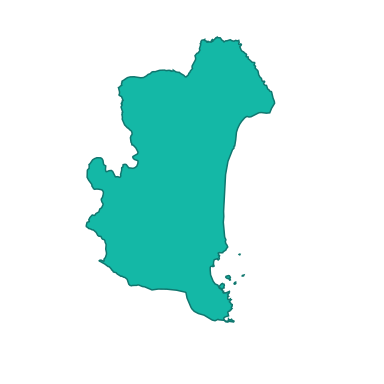 outline of Pasaman Barat, Sumatera Barat, Indonesia, rotated 247°
{"feature_id": "22746128B95220206981522", "entity_name": "Pasaman Barat", "entity_type": "district", "adm_level": 2, "iso_a3": "IDN", "parent_name": "Indonesia", "parent_adm1": "Sumatera Barat", "projection": "albers", "projection_center": [99.54, 0.188], "detail": "fine", "context": "isolated", "style": "filled", "palette": "teal", "viewbox_px": 384, "rotation_deg": 247, "n_neighbors": 0, "source": "geoboundaries", "source_scale": "gbopen_adm2", "svg_char_len": 5997}
<svg xmlns="http://www.w3.org/2000/svg" viewBox="0 0 384 384"><g transform="rotate(247 192 192)"><path d="M324.8,275.7L324.3,274.6L324.6,274.2L323.6,272.1L323.4,270.9L324.4,270.4L324.1,269.6L323.3,268.6L322.7,269.4L322.5,267.9L323.3,266.9L323.6,265.9L324.3,265.7L323.9,264.7L324.0,264.4L324.4,264.2L324.8,264.7L326.4,263.0L327.5,263.4L327.4,261.9L327.9,260.7L327.7,260.0L327.0,259.0L325.9,258.6L325.4,257.6L324.1,257.5L320.8,254.7L319.8,254.8L319.3,254.6L317.7,252.2L317.7,250.7L316.3,248.0L313.9,247.7L312.4,246.9L308.0,241.4L306.9,240.8L305.5,240.7L304.0,237.8L302.8,236.5L302.6,235.6L301.2,234.3L300.3,231.6L300.6,230.8L302.7,230.0L305.2,228.1L307.3,226.9L307.4,226.2L308.9,224.1L311.3,222.5L310.8,222.4L311.2,220.4L311.7,220.2L311.9,219.4L312.4,219.4L313.0,218.4L313.8,215.7L315.0,214.2L316.3,210.8L316.7,209.6L317.1,205.3L318.0,203.0L318.1,202.0L317.2,199.6L317.4,197.6L316.7,195.5L316.3,192.1L317.2,189.4L320.7,183.7L322.1,180.1L322.5,177.2L321.3,170.8L320.4,170.6L319.8,169.8L318.5,169.1L317.7,169.1L317.5,167.5L316.8,166.1L316.9,165.1L312.4,164.4L310.6,163.5L309.9,162.7L309.2,162.9L307.3,164.4L303.1,164.3L303.0,163.2L301.7,162.8L301.6,162.1L300.4,161.9L300.6,161.4L299.2,161.5L298.0,159.9L292.5,159.4L292.2,158.6L291.0,158.3L290.8,157.8L288.1,157.2L286.3,156.2L280.1,156.2L276.1,157.7L275.7,158.3L273.8,158.9L271.9,160.0L270.7,160.0L269.7,159.9L268.3,159.2L267.7,158.0L266.0,156.5L261.6,155.3L260.4,155.5L258.9,155.1L258.0,156.2L254.6,157.5L249.8,157.9L248.4,156.8L247.8,151.7L247.4,151.1L245.7,151.1L244.4,151.8L242.2,154.1L241.5,154.4L239.4,153.3L237.3,151.2L236.7,148.9L236.8,147.0L239.0,143.2L242.9,142.2L243.7,141.2L244.1,139.3L242.0,138.1L241.9,136.9L241.5,136.6L239.6,135.8L235.9,133.0L234.8,132.8L233.9,132.1L233.8,131.0L235.1,129.7L235.9,127.4L242.0,127.0L243.4,126.1L244.0,124.0L244.0,121.6L244.2,121.0L244.6,120.8L246.5,121.1L249.7,122.8L251.2,121.7L252.2,121.5L256.0,122.4L258.0,122.1L259.1,121.3L260.7,117.9L260.8,115.3L260.4,113.0L257.9,109.2L257.5,107.9L256.5,107.7L254.0,106.5L253.2,104.5L252.6,104.0L246.5,101.2L243.3,101.5L238.2,102.7L236.3,102.2L234.8,102.6L233.5,102.6L232.5,103.5L232.2,104.9L231.3,106.8L229.5,109.5L228.7,110.1L227.2,110.4L226.6,110.4L224.7,109.5L221.9,107.3L221.3,106.1L220.3,105.4L218.0,105.2L216.2,105.5L215.1,105.2L212.8,102.6L212.4,100.5L210.1,98.5L209.7,95.2L208.6,93.5L208.6,92.9L209.8,91.2L208.4,88.1L206.7,86.1L205.4,86.1L204.9,85.9L205.1,83.8L204.8,83.3L202.5,81.6L201.4,81.2L199.6,82.4L198.9,82.5L197.7,84.1L196.2,85.3L195.6,86.4L192.2,88.0L188.9,88.3L187.7,89.0L186.7,90.8L184.5,90.9L183.6,91.2L182.3,92.6L181.3,92.8L179.7,92.4L177.1,92.4L173.2,90.3L169.8,89.6L168.2,89.0L165.6,86.7L164.6,84.8L162.9,84.1L162.9,83.5L164.9,81.6L165.2,80.3L165.0,79.7L164.7,79.7L159.9,83.5L156.1,85.7L155.6,86.6L152.7,87.6L151.8,87.5L150.9,88.2L149.1,88.4L147.3,90.7L145.8,91.1L142.1,93.7L142.0,94.5L140.4,95.7L139.4,97.0L136.9,98.2L131.8,97.8L130.2,98.5L129.3,99.7L129.2,100.8L127.7,104.5L127.6,105.9L127.3,106.5L124.3,109.5L123.2,111.4L117.5,116.9L115.9,122.9L112.4,130.8L107.6,139.5L102.4,146.7L101.6,147.1L96.3,146.0L86.4,146.0L84.6,146.2L81.3,147.4L77.6,150.4L73.9,155.0L66.2,160.6L64.5,162.9L64.6,166.2L63.9,166.7L61.3,171.5L59.4,172.3L58.8,173.2L58.3,174.1L58.4,175.7L56.1,179.5L56.7,180.2L58.6,178.7L59.4,178.7L59.3,177.3L60.1,176.2L60.9,176.0L59.2,175.1L59.4,173.6L60.4,172.2L62.3,171.6L63.0,171.7L63.6,172.1L64.1,174.0L63.7,177.3L67.3,177.9L67.8,178.9L67.7,180.4L68.4,181.2L68.2,181.6L69.2,183.4L69.9,182.9L70.9,183.5L71.4,184.0L71.3,184.4L72.7,185.1L73.8,184.1L74.4,184.3L76.3,183.5L77.6,185.9L78.0,185.2L78.6,185.5L78.4,184.2L78.9,183.3L79.7,183.1L81.4,183.9L81.6,184.6L81.9,184.1L83.0,185.0L84.0,184.9L84.3,186.5L85.1,187.0L85.4,187.5L85.9,187.6L85.9,183.6L86.5,182.7L86.4,182.0L87.0,181.4L87.4,181.3L88.3,182.3L88.9,181.6L89.8,181.3L90.4,181.4L90.7,180.8L91.4,181.0L92.2,180.7L92.5,179.6L96.2,179.4L98.3,177.4L101.5,176.6L108.4,176.7L113.5,178.4L115.5,179.3L116.1,180.1L115.9,181.5L115.1,182.1L115.2,183.4L116.2,183.5L116.7,183.0L117.2,183.6L119.3,184.6L121.0,186.0L120.7,189.2L119.8,189.1L119.2,189.7L119.9,191.1L121.5,191.3L121.6,191.7L122.7,192.5L123.5,191.7L124.4,192.4L125.0,192.5L125.3,192.2L125.6,192.4L125.6,193.6L124.7,194.8L124.1,196.6L124.7,197.2L125.4,200.6L126.3,201.4L127.4,203.4L129.6,203.4L131.8,202.9L132.6,203.3L133.7,203.4L134.3,204.2L135.1,204.6L136.6,204.4L138.2,204.6L151.9,209.0L157.0,211.7L161.6,213.4L194.9,229.7L206.2,237.1L215.2,245.9L215.8,247.6L217.7,248.5L217.7,249.3L222.9,252.6L229.7,256.3L232.9,259.1L235.7,262.3L237.6,265.2L239.7,269.5L240.1,271.6L239.9,272.4L238.8,273.7L238.2,275.7L238.8,284.5L238.1,286.8L235.5,291.3L234.5,294.5L237.9,297.9L241.4,302.7L243.3,303.2L246.8,303.3L252.7,304.3L253.4,304.3L254.3,303.1L255.9,302.8L257.3,301.9L261.0,302.2L261.5,301.1L263.0,300.3L264.3,300.5L264.9,301.8L265.3,302.0L265.9,301.7L266.2,300.3L267.1,299.9L269.5,300.3L271.2,299.5L273.7,299.2L277.5,300.0L278.5,299.8L281.5,298.5L282.7,299.5L283.1,299.6L284.1,298.8L284.7,298.8L285.6,299.8L286.7,300.2L287.9,298.1L291.9,296.3L292.4,295.8L294.5,296.4L295.1,295.0L295.7,294.8L297.1,295.9L297.9,295.8L299.3,294.8L300.9,294.2L301.9,293.2L303.5,292.7L307.1,292.8L307.8,294.5L308.5,295.1L309.3,294.8L309.2,293.6L309.7,292.8L310.5,293.0L311.3,293.9L313.3,294.3L313.4,292.7L314.5,291.5L314.4,289.6L315.6,287.9L317.2,286.7L317.5,283.4L318.0,281.9L317.7,280.1L319.0,279.7L320.0,278.9L322.8,278.3L324.2,275.8L324.8,275.7ZM94.4,180.0L92.9,179.7L92.4,180.8L91.3,181.2L90.8,182.3L91.6,183.6L91.3,184.1L92.7,184.5L93.2,185.2L94.6,185.5L95.3,184.6L95.9,184.4L95.9,183.2L94.4,180.0ZM100.5,189.8L99.9,189.9L98.7,190.6L97.7,192.3L98.0,192.9L97.9,193.4L98.4,194.0L100.2,193.7L100.8,193.0L101.1,190.5L100.5,189.8ZM91.4,195.0L90.6,195.0L90.4,196.0L90.7,196.6L92.0,197.0L92.0,196.0L91.4,195.0ZM95.3,207.4L95.5,205.7L95.1,205.4L94.7,206.0L94.7,206.8L95.3,207.4ZM97.0,192.1L96.1,192.3L96.1,193.0L96.6,193.0L97.0,192.1ZM115.9,211.9L116.3,211.3L116.1,210.9L115.5,211.4L115.9,211.9Z" fill="#14b8a6" stroke="#0f766e" stroke-width="1.5"/></g></svg>